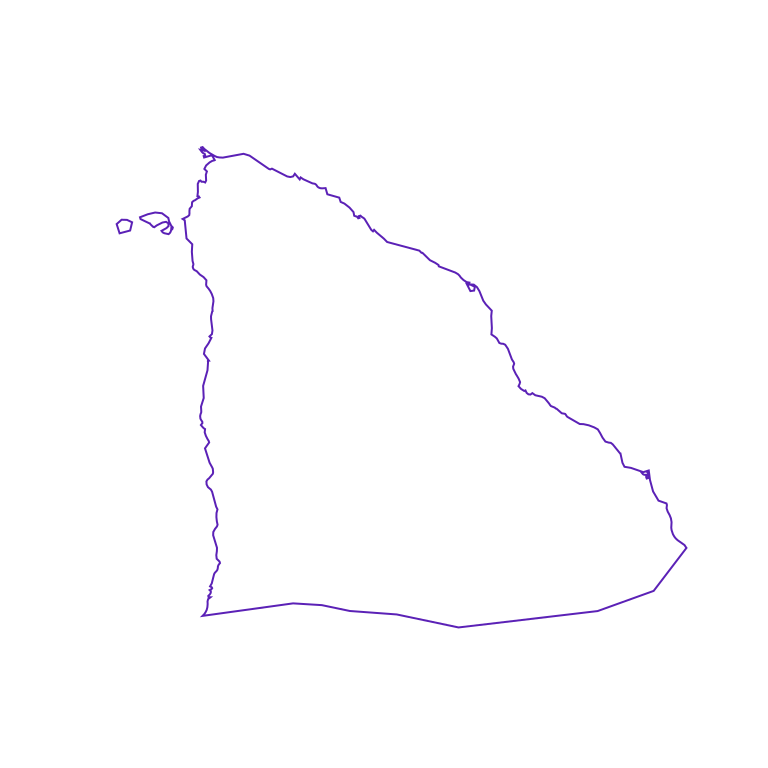 the border of Janub Sina', rotated 163°
{"feature_id": "EGY-1557", "entity_name": "Janub Sina'", "entity_type": "Governorate", "adm_level": 1, "iso_a3": "EGY", "parent_name": "Egypt", "parent_adm1": "", "projection": "robinson", "projection_center": [33.959, 28.827], "detail": "fine", "context": "isolated", "style": "outline", "palette": "violet", "viewbox_px": 768, "rotation_deg": 163, "n_neighbors": 0, "source": "natural_earth", "source_scale": "10m", "svg_char_len": 4884}
<svg xmlns="http://www.w3.org/2000/svg" viewBox="0 0 768 768"><g transform="rotate(163 384 384)"><path d="M625.3,215.3L623.1,216.5L621.3,218.0L619.7,219.7L618.2,222.1L617.0,225.1L616.3,227.7L615.1,229.7L612.3,230.8L613.1,231.1L613.7,231.1L614.1,231.4L614.0,232.7L612.1,233.7L610.7,235.0L610.2,236.5L611.0,237.9L608.9,238.3L608.0,239.0L608.2,240.0L609.5,241.3L607.0,243.7L602.1,251.8L601.0,252.9L598.7,254.2L597.6,255.1L596.7,256.7L596.1,258.2L595.0,259.5L593.2,260.7L593.2,262.3L595.1,265.8L594.4,269.4L592.7,273.0L591.6,276.2L591.6,289.3L590.5,292.4L588.0,294.8L585.4,296.6L584.3,298.1L584.0,301.6L583.2,305.7L581.9,309.6L579.9,312.8L580.4,315.8L579.9,331.2L580.4,333.6L582.5,336.8L583.0,339.8L582.3,342.8L580.7,344.2L578.8,345.0L573.9,348.2L573.2,349.6L572.5,353.0L572.7,354.5L573.8,359.7L574.0,374.8L568.3,379.2L568.3,380.8L568.9,383.1L569.5,386.5L569.6,390.2L568.3,393.2L569.1,394.1L569.8,395.3L571.1,398.3L569.1,399.7L568.8,401.1L569.3,402.6L569.7,404.5L569.2,407.1L568.2,408.9L567.2,410.1L566.7,411.4L565.6,415.9L560.5,423.3L557.5,435.1L548.8,448.7L546.0,456.0L545.8,456.7L545.8,457.3L545.6,457.7L544.6,457.5L547.4,465.4L544.8,470.3L539.9,474.2L535.6,478.6L536.2,479.1L536.4,479.2L537.0,480.5L534.0,482.0L532.4,485.3L530.4,496.6L529.6,499.4L527.0,503.7L526.6,503.8L525.9,506.7L522.9,513.0L522.2,516.1L522.4,520.4L523.0,523.7L523.9,526.5L525.1,529.3L525.1,530.9L523.5,535.1L525.3,539.0L528.1,542.5L530.1,546.6L532.1,548.6L532.7,550.0L532.7,551.9L532.1,552.9L531.5,553.7L531.2,554.5L531.1,557.7L529.1,566.6L526.5,573.7L530.3,580.9L526.7,598.8L528.3,600.7L522.7,601.6L520.9,602.4L520.2,603.9L519.5,606.3L518.6,608.4L515.8,610.2L514.4,613.9L512.6,614.8L511.0,615.0L508.0,616.0L505.9,616.3L506.3,617.4L506.3,617.6L506.5,617.7L507.5,618.2L505.8,622.1L503.6,629.8L501.5,632.2L500.0,632.2L499.4,630.8L497.5,630.2L496.1,629.0L494.6,630.6L493.2,636.2L491.2,639.1L492.9,642.2L490.2,645.0L486.0,646.9L483.0,647.6L481.0,647.5L480.4,647.6L481.3,651.6L482.0,653.1L489.8,653.2L489.8,654.7L488.2,654.7L488.2,656.5L489.3,657.5L490.1,658.7L491.2,661.7L489.1,660.6L488.2,660.0L488.5,660.9L488.5,661.4L488.8,661.6L489.8,661.7L489.8,663.6L488.2,663.6L487.1,661.3L483.4,656.0L479.2,651.5L477.4,649.9L475.2,648.8L471.9,647.6L451.0,645.2L445.8,641.7L431.2,623.3L430.1,622.5L428.2,622.7L415.9,610.8L413.1,609.3L410.2,609.1L407.8,611.1L404.8,604.3L403.3,605.9L401.3,603.4L393.8,596.8L392.0,595.9L391.4,595.5L390.6,594.4L389.9,592.2L389.2,591.1L387.7,589.9L386.0,589.2L382.6,588.4L382.7,582.0L372.3,575.3L372.2,570.8L369.1,568.1L365.4,562.8L362.9,557.3L363.3,553.6L362.3,552.8L361.4,552.3L360.7,551.5L360.2,550.0L358.9,550.0L358.9,551.9L357.3,551.9L356.6,550.6L354.7,548.3L354.3,547.5L351.1,535.1L349.9,533.2L348.4,534.3L346.7,530.9L341.6,523.0L339.5,518.9L311.2,501.2L309.8,498.5L308.9,498.2L303.9,489.0L299.7,485.0L297.1,481.9L297.2,480.5L283.3,469.8L281.1,467.4L280.1,465.5L279.4,463.4L277.6,460.2L275.2,457.3L272.7,456.0L274.1,454.1L274.1,456.0L275.7,456.0L274.2,447.6L270.5,447.0L268.7,450.4L272.7,454.1L269.1,452.8L266.8,449.5L265.6,444.9L264.7,434.6L263.3,430.3L259.5,422.6L261.6,417.6L264.5,405.9L266.8,400.0L264.1,396.7L262.8,394.6L261.7,389.5L260.1,388.3L258.2,387.6L256.6,386.1L255.2,381.4L254.5,370.1L253.6,366.9L253.6,365.3L255.5,362.9L255.9,360.7L255.0,354.9L254.6,353.5L253.7,349.8L253.3,346.0L254.4,344.3L256.0,342.6L254.4,339.2L251.9,336.3L250.6,336.5L250.2,333.8L248.9,331.9L247.0,331.1L244.8,331.9L242.6,329.0L236.8,325.7L234.5,323.4L231.8,317.0L231.4,315.5L230.8,314.1L227.6,311.5L226.9,310.3L226.2,309.9L222.6,304.1L221.9,303.7L220.1,302.8L219.5,302.4L219.2,301.7L218.6,299.6L218.2,298.9L208.5,288.5L205.0,287.3L200.2,284.6L195.7,281.1L192.8,278.1L191.7,274.0L190.7,268.8L189.1,264.2L186.3,262.3L184.3,261.4L182.9,259.4L178.5,248.5L178.2,248.4L179.0,238.9L178.2,234.5L172.4,231.6L161.8,223.9L163.5,223.9L162.7,222.0L161.7,221.1L160.6,220.7L159.0,220.4L159.6,219.8L160.1,219.3L160.5,218.4L160.4,216.8L159.0,216.8L158.0,218.9L157.5,220.9L157.8,222.6L159.0,223.9L156.1,223.9L157.7,214.5L158.1,202.6L155.6,192.2L148.8,187.2L148.8,185.6L150.1,182.6L150.0,179.0L149.2,175.2L148.9,171.6L149.4,167.8L151.3,162.6L151.7,160.2L151.6,155.9L151.0,153.2L150.2,151.1L148.9,148.8L143.7,142.1L142.9,139.3L142.7,138.8L186.6,107.3L246.1,104.4L383.9,129.4L439.2,159.9L483.0,176.9L508.1,190.7L535.1,200.8L625.3,215.3ZM560.9,605.9L561.0,605.9L564.5,609.1L568.6,612.9L568.6,614.8L560.3,615.4L552.7,614.9L546.4,612.2L542.1,606.4L541.7,605.9L542.0,602.4L541.2,597.5L540.2,595.5L540.9,594.3L541.2,594.0L541.3,594.1L541.7,595.5L542.5,593.5L543.5,592.0L544.8,590.9L546.2,590.3L550.0,592.4L551.3,593.7L552.0,595.5L546.4,596.7L543.9,598.0L543.2,600.7L544.2,601.8L545.0,602.8L548.7,603.2L555.0,602.1L557.8,601.1L558.3,601.6L558.7,601.6L559.7,603.3L560.7,605.2L560.9,605.9ZM592.8,605.4L592.9,615.1L586.9,617.8L581.8,616.1L577.6,612.3L581.9,605.0L592.8,605.4Z" fill="none" stroke="#5b21b6" stroke-width="2"/></g></svg>